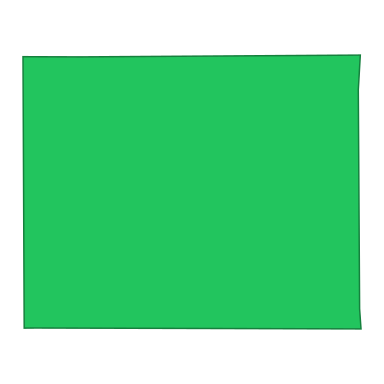 the district of Hayes, Nebraska, United States of America
{"feature_id": "52423323B94723190981294", "entity_name": "Hayes", "entity_type": "district", "adm_level": 2, "iso_a3": "USA", "parent_name": "United States of America", "parent_adm1": "Nebraska", "projection": "equal_earth", "projection_center": [-101.069, 40.525], "detail": "fine", "context": "isolated", "style": "filled", "palette": "green", "viewbox_px": 384, "rotation_deg": 0, "n_neighbors": 0, "source": "geoboundaries", "source_scale": "gbopen_adm2", "svg_char_len": 230}
<svg xmlns="http://www.w3.org/2000/svg" viewBox="0 0 384 384"><path d="M80.9,56.9L23.0,56.7L24.2,328.1L35.8,328.0L361.0,328.9L359.6,308.9L358.3,89.8L360.3,55.1L80.9,56.9Z" fill="#22c55e" stroke="#15803d" stroke-width="1.5"/></svg>